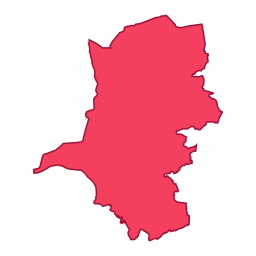 Masyaf, Hamah, Syria
{"feature_id": "27442178B31990643139600", "entity_name": "Masyaf", "entity_type": "district", "adm_level": 2, "iso_a3": "SYR", "parent_name": "Syria", "parent_adm1": "Hamah", "projection": "mercator", "projection_center": [36.393, 35.051], "detail": "fine", "context": "isolated", "style": "filled", "palette": "rose", "viewbox_px": 256, "rotation_deg": 0, "n_neighbors": 0, "source": "geoboundaries", "source_scale": "gbopen_adm2", "svg_char_len": 5884}
<svg xmlns="http://www.w3.org/2000/svg" viewBox="0 0 256 256"><path d="M186.2,203.2L178.1,202.3L176.8,201.8L174.6,200.0L174.3,199.1L173.7,195.7L174.3,195.3L174.0,192.5L174.1,192.1L174.8,191.7L177.6,191.6L178.4,190.8L176.6,186.0L176.0,185.2L175.8,184.1L175.6,184.3L175.4,184.3L174.6,183.7L173.9,183.5L172.3,181.2L172.9,181.0L170.3,178.3L168.3,177.0L167.8,176.1L166.6,175.9L166.6,176.5L165.3,177.0L165.0,176.8L164.2,176.8L164.0,176.6L164.4,175.3L164.1,174.7L165.0,174.0L170.0,173.3L170.7,171.8L172.8,171.6L173.6,172.5L173.9,173.5L176.0,173.0L176.4,172.0L176.7,172.3L177.3,172.2L177.7,171.7L177.9,170.9L178.5,170.8L179.8,169.5L179.8,168.3L180.3,167.7L180.4,167.1L180.7,167.1L182.8,165.4L183.3,165.4L184.3,165.6L184.6,165.5L185.1,164.6L185.5,164.3L187.4,164.2L188.5,164.4L189.1,163.7L191.6,163.5L191.5,163.3L192.2,162.6L191.9,160.9L191.8,160.5L191.5,160.5L191.4,160.2L190.3,160.6L190.2,159.7L190.8,157.8L190.6,156.8L190.2,156.1L190.0,154.7L189.8,154.1L190.8,152.8L193.7,151.1L194.8,151.2L195.8,151.1L195.9,148.5L196.3,146.6L196.2,146.0L196.4,145.1L195.1,146.3L194.7,146.3L191.5,147.5L190.3,147.6L189.0,148.5L187.9,148.4L186.8,147.3L185.7,146.6L183.4,146.0L184.0,143.0L184.5,142.4L185.5,141.8L185.8,141.4L186.0,137.8L186.4,137.1L183.9,135.8L181.6,134.3L177.0,134.2L176.1,132.3L176.9,130.7L177.8,130.9L183.1,128.7L187.1,128.9L191.6,126.4L194.3,127.1L195.1,129.2L196.6,128.9L197.5,128.9L198.7,129.8L199.6,129.8L200.8,129.3L202.5,127.3L204.2,125.6L205.8,125.1L206.3,122.5L207.4,121.8L209.6,122.0L212.1,121.7L213.4,122.0L215.2,122.9L216.3,122.7L217.7,123.0L219.1,118.5L222.3,112.0L220.6,111.5L218.4,108.3L217.3,105.7L217.0,103.3L217.0,102.5L216.3,101.1L215.7,100.2L213.6,98.6L211.6,98.5L210.7,97.5L209.9,96.8L209.1,96.5L208.7,95.8L209.2,94.6L213.2,93.6L212.8,92.7L211.1,92.6L209.0,91.6L206.9,91.3L206.6,91.0L204.5,90.5L203.4,89.4L203.2,89.4L203.5,88.6L201.9,87.7L202.8,85.5L203.6,84.9L203.7,84.5L203.8,80.8L204.0,79.9L203.4,78.1L202.3,75.6L199.1,76.8L195.8,76.5L194.8,76.7L193.6,76.5L193.0,76.0L192.2,76.1L192.1,74.7L192.9,73.9L193.3,74.2L193.9,74.3L194.4,73.7L195.3,73.5L195.5,72.5L196.3,71.7L197.2,71.3L197.9,70.7L199.0,70.6L201.2,70.8L201.8,69.6L202.6,69.1L203.6,69.0L204.3,68.2L205.3,64.8L206.2,63.1L208.1,61.6L207.6,58.1L207.6,55.6L208.2,55.5L208.1,54.0L206.2,53.6L205.4,53.3L205.0,51.4L204.3,51.3L204.1,50.1L204.1,48.9L205.2,44.6L203.9,35.8L201.9,24.2L189.2,25.9L180.6,27.8L175.9,26.7L175.5,26.2L175.4,25.3L175.2,24.6L166.3,15.4L160.6,16.3L160.5,16.9L155.6,17.6L139.9,23.7L135.7,24.2L134.1,25.9L132.6,25.4L125.8,26.7L124.4,27.8L124.0,30.9L119.5,32.9L112.4,41.6L110.0,45.9L110.8,47.9L102.6,47.9L96.0,43.2L89.2,39.8L89.1,42.6L88.7,43.9L89.4,46.5L89.7,49.4L89.5,52.0L90.2,53.2L90.6,56.1L91.9,60.6L92.0,62.9L92.9,66.0L93.2,67.0L94.6,69.5L95.0,73.9L94.6,75.8L94.6,76.9L96.4,81.2L97.1,82.1L97.7,83.9L96.4,87.7L95.8,90.3L96.3,92.0L97.4,93.5L97.4,94.1L96.6,95.7L94.9,97.3L93.7,99.2L94.2,108.1L93.7,109.2L92.7,109.9L89.9,110.4L86.5,112.0L85.8,113.8L85.8,115.8L86.2,116.9L87.7,117.9L88.4,117.9L88.8,118.9L86.0,128.1L84.2,135.1L83.6,136.9L83.0,140.8L81.1,142.0L75.0,142.7L63.3,143.5L60.4,146.4L55.4,150.3L47.5,153.3L44.2,154.3L43.1,155.2L41.9,158.7L40.7,164.1L39.8,167.1L38.7,168.3L33.7,169.5L34.0,173.2L37.7,172.9L41.7,171.4L45.7,169.2L50.7,166.1L51.6,165.9L53.3,165.9L55.0,165.3L57.4,165.0L59.6,165.4L62.9,166.3L65.5,167.8L68.5,168.9L71.1,169.3L73.1,169.4L74.6,169.7L81.3,170.2L85.0,173.3L87.7,177.0L92.3,181.0L94.3,183.8L95.9,186.8L96.4,192.5L96.4,195.4L95.8,197.0L95.9,198.8L95.2,200.1L94.1,201.6L93.9,202.6L94.5,203.7L98.6,203.8L100.0,204.1L101.7,204.9L102.8,206.4L109.3,204.4L109.7,205.6L110.2,205.3L110.7,205.6L111.0,205.4L111.3,205.6L110.9,208.3L110.7,208.9L110.0,209.7L110.3,210.3L110.8,210.4L110.8,210.7L111.2,211.0L112.3,211.1L112.5,211.3L113.0,211.2L113.6,211.3L114.6,212.6L114.6,213.3L114.9,214.0L115.2,214.3L115.5,214.8L116.3,214.9L116.5,215.6L116.8,215.5L117.4,215.7L116.9,216.5L117.3,217.1L117.7,217.2L118.3,216.9L118.4,216.7L118.1,216.5L118.2,216.3L118.6,216.0L118.9,216.3L118.6,216.4L118.8,216.5L118.7,217.0L119.3,217.4L118.8,217.7L119.9,218.3L121.1,218.1L121.4,217.2L122.1,217.2L122.2,217.5L122.3,218.2L121.7,219.6L121.1,219.6L120.9,219.8L120.8,220.3L121.2,220.5L120.9,220.9L121.0,221.4L120.5,222.0L120.4,222.5L120.8,222.6L120.8,222.9L122.3,223.2L122.4,222.6L122.4,222.1L122.8,222.4L123.2,222.3L123.2,221.9L123.4,221.9L123.6,221.4L123.8,220.6L124.3,220.8L124.6,220.5L124.9,220.7L125.1,221.1L124.7,221.4L124.4,221.4L124.3,221.8L124.7,222.0L124.7,222.3L124.7,222.7L124.8,222.9L125.2,223.0L125.7,222.8L125.7,223.1L129.2,229.4L129.1,230.8L128.8,231.1L128.2,232.3L128.1,233.2L128.6,235.8L129.8,236.6L129.8,237.1L130.2,237.7L130.6,239.5L131.5,239.4L133.6,239.7L135.5,238.8L135.5,238.6L136.0,237.7L137.0,237.4L138.2,235.8L138.9,233.1L139.2,232.8L139.1,232.3L140.0,230.4L140.7,229.5L141.5,229.1L148.7,233.9L149.2,235.7L149.2,236.6L148.9,237.6L148.8,239.4L149.0,240.3L149.2,240.5L149.9,240.6L152.4,239.5L152.4,239.3L154.9,238.5L156.5,238.4L156.9,239.2L157.3,239.2L158.6,238.1L159.0,238.0L159.3,237.6L160.5,236.9L160.7,236.5L161.0,236.4L162.0,234.8L162.4,234.3L163.0,234.2L163.0,233.9L163.3,233.7L163.4,233.4L163.8,233.1L164.1,233.2L164.4,232.9L164.6,233.3L165.6,232.7L166.0,232.7L166.2,232.8L166.9,232.4L167.2,232.1L167.5,232.0L167.7,231.6L168.3,231.3L168.6,230.6L169.3,230.4L169.2,230.2L170.0,230.1L170.2,230.6L170.5,230.4L170.8,231.5L171.7,231.1L173.3,231.0L174.0,230.7L174.3,230.3L175.0,230.7L175.7,230.7L176.3,230.4L176.5,229.8L177.7,229.6L177.8,229.4L178.3,229.2L178.6,228.8L179.3,228.5L181.3,228.2L182.1,227.6L183.0,227.6L183.7,227.2L184.5,226.5L184.9,226.3L185.1,225.9L185.9,225.6L186.9,225.6L187.6,224.6L188.9,224.9L189.4,218.1L189.3,216.9L189.2,215.9L188.8,215.9L188.6,215.4L187.4,215.1L187.2,213.5L187.3,212.9L186.7,211.2L186.3,209.2L186.2,208.5L186.6,208.2L186.3,207.6L186.3,206.3L186.4,206.2L186.0,205.3L186.2,203.2Z" fill="#f43f5e" stroke="#9f1239" stroke-width="1.5"/></svg>